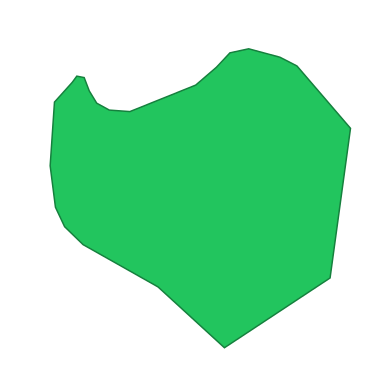 SVG path tracing the border of Vitanje, rotated 278°
{"feature_id": "SVN-1002", "entity_name": "Vitanje", "entity_type": "Municipality", "adm_level": 1, "iso_a3": "SVN", "parent_name": "Slovenia", "parent_adm1": "", "projection": "albers", "projection_center": [15.317, 46.408], "detail": "fine", "context": "isolated", "style": "filled", "palette": "green", "viewbox_px": 384, "rotation_deg": 278, "n_neighbors": 0, "source": "natural_earth", "source_scale": "10m", "svg_char_len": 434}
<svg xmlns="http://www.w3.org/2000/svg" viewBox="0 0 384 384"><g transform="rotate(278 192 192)"><path d="M277.1,340.1L126.1,340.7L42.3,245.8L93.3,171.5L124.7,91.5L139.9,70.7L157.9,58.9L198.2,47.9L261.9,43.3L284.0,58.2L290.7,61.8L290.3,69.3L277.8,76.2L266.7,85.3L261.6,98.7L263.0,119.3L298.4,180.8L318.9,198.8L335.1,210.2L341.7,228.2L337.7,260.3L331.4,278.4L277.1,340.1Z" fill="#22c55e" stroke="#15803d" stroke-width="1.5"/></g></svg>